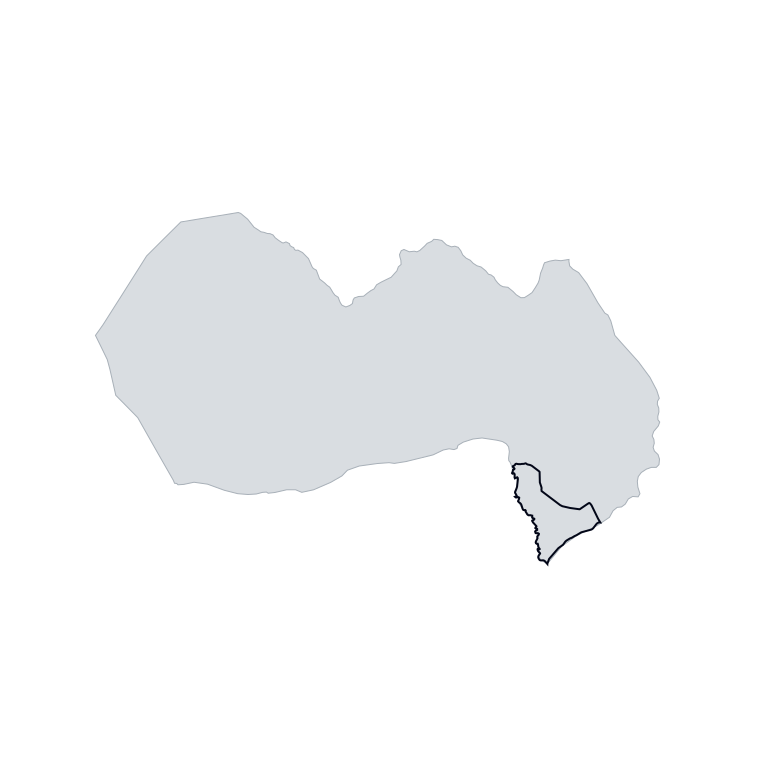 Paraguay, with Ñeembucú highlighted, rotated 316°
{"feature_id": "PRY-610", "entity_name": "Ñeembucú", "entity_type": "Department", "adm_level": 1, "iso_a3": "PRY", "parent_name": "Paraguay", "parent_adm1": "", "projection": "natural_earth1", "projection_center": [-58.039, -26.618], "detail": "fine", "context": "in_parent", "style": "outline", "palette": "ink", "viewbox_px": 768, "rotation_deg": 316, "n_neighbors": 0, "source": "natural_earth", "source_scale": "10m", "svg_char_len": 5760}
<svg xmlns="http://www.w3.org/2000/svg" viewBox="0 0 768 768"><g transform="rotate(316 384 384)"><path d="M399.4,181.0L400.5,185.5L401.2,189.0L403.0,191.5L404.7,194.8L406.4,196.6L407.7,199.7L407.3,203.2L408.0,207.7L408.9,211.7L409.7,212.7L412.2,213.7L413.5,217.3L412.6,219.1L412.9,221.1L413.8,223.1L413.0,225.1L413.4,226.6L415.1,227.9L416.7,232.9L416.8,241.3L415.1,245.9L413.7,249.6L413.4,251.8L414.4,255.1L412.7,259.0L410.6,263.8L411.1,267.1L411.5,270.2L411.6,273.5L412.2,276.6L411.5,279.9L410.8,282.7L410.4,286.0L411.3,289.8L409.7,293.3L408.9,295.7L408.5,298.2L410.1,302.1L414.1,303.8L417.2,304.2L420.1,302.1L422.4,301.5L426.5,303.4L430.3,306.7L435.2,307.1L439.5,307.7L442.8,308.7L447.6,307.5L452.6,308.7L458.5,310.6L463.4,312.2L468.2,311.8L471.8,311.6L475.7,309.7L479.3,309.9L482.1,306.7L483.6,303.8L485.0,301.7L489.0,300.1L491.8,301.1L494.0,306.4L498.0,309.5L499.5,311.8L502.5,312.8L508.9,313.0L512.8,312.8L517.3,314.5L520.3,314.5L522.9,317.4L525.3,320.9L525.6,327.3L527.8,332.2L530.7,334.1L532.3,337.2L531.8,341.5L530.3,345.8L530.5,350.6L532.0,354.9L532.0,359.2L533.0,363.5L535.1,367.3L535.8,373.2L535.4,377.6L536.8,380.0L537.3,383.6L536.4,386.4L536.0,390.4L536.2,393.9L537.2,396.7L540.3,400.5L541.1,407.1L541.1,411.6L542.4,417.0L545.0,419.4L549.1,420.3L554.0,421.1L559.8,419.8L565.0,418.4L567.9,417.0L573.7,413.0L578.7,410.8L581.3,409.3L583.7,408.3L588.7,410.8L593.3,413.9L596.9,418.2L603.6,422.9L602.3,424.1L599.6,428.0L599.6,432.5L601.4,439.1L599.7,452.9L594.3,474.1L592.1,486.4L593.0,489.9L591.0,496.1L583.8,509.4L583.4,518.3L582.4,545.1L579.9,564.0L575.8,578.0L572.1,585.5L568.8,586.4L566.4,588.6L565.0,592.1L562.3,595.1L558.4,597.5L556.2,600.0L555.9,602.9L552.2,604.7L545.0,605.5L540.8,607.7L539.6,611.4L537.2,614.4L533.6,616.5L531.9,620.1L532.1,625.1L530.0,629.4L525.8,633.0L521.9,633.1L518.4,629.7L513.6,627.5L507.6,626.4L502.6,627.2L498.6,630.0L495.0,634.5L491.9,640.7L488.4,641.7L484.7,637.6L479.9,636.4L474.1,638.0L469.4,637.4L466.0,634.7L460.7,634.3L453.6,636.5L439.2,634.0L417.4,626.9L399.0,624.2L376.5,626.8L374.6,619.4L375.8,615.4L379.4,612.4L381.7,609.0L382.6,605.2L385.2,602.3L389.3,600.3L391.1,598.3L390.4,596.2L391.3,594.4L393.7,592.8L395.0,590.4L395.4,587.0L396.2,585.3L397.8,584.1L398.0,581.7L397.1,574.5L397.2,568.6L398.3,563.9L399.7,561.1L400.7,560.4L401.6,558.8L402.0,556.0L403.5,553.4L410.7,548.1L413.4,545.2L413.6,542.5L414.7,538.9L419.0,531.3L420.4,527.7L420.5,525.9L422.0,524.0L427.2,519.7L430.0,515.7L430.4,511.9L429.2,507.6L426.2,502.9L417.0,490.9L409.8,485.4L400.7,480.9L394.6,479.5L391.7,481.1L388.8,479.8L385.8,475.8L380.7,472.6L370.1,469.1L346.0,455.1L336.3,448.3L333.0,444.1L324.0,436.6L309.2,425.8L297.8,420.6L289.9,420.9L277.2,417.7L259.7,411.1L249.6,404.8L246.9,398.6L240.4,392.4L230.1,386.2L224.8,382.1L224.4,380.1L221.4,377.6L215.7,374.4L209.4,369.0L202.6,361.3L195.3,349.5L187.5,333.5L179.1,322.7L170.2,317.1L165.8,313.4L165.8,311.6L164.4,309.9L165.6,306.8L168.7,294.6L173.2,276.9L177.9,258.7L183.5,237.1L183.4,221.8L183.2,205.8L191.3,192.5L197.0,183.1L201.9,174.2L206.9,158.9L210.2,148.6L223.0,146.2L244.9,140.9L255.8,138.3L278.8,132.7L302.1,127.0L326.7,126.6L350.4,126.3L368.8,139.0L382.8,148.7L398.3,159.4L399.4,161.7L400.4,170.7L399.4,181.0Z" fill="#d9dde1" stroke="#a8b0b8" stroke-width="1"/><path d="M401.3,557.4L401.8,556.7L402.2,555.4L402.7,553.3L403.3,552.7L406.6,551.3L408.4,550.3L414.3,545.4L415.0,544.4L415.0,543.6L412.6,542.8L413.0,541.9L414.8,540.2L415.2,539.8L415.5,539.0L415.4,538.4L414.2,537.9L414.1,537.5L414.2,537.0L415.3,536.6L416.4,535.9L417.1,535.4L417.3,535.5L418.5,535.8L418.8,535.7L419.1,535.5L419.1,535.2L419.2,534.8L419.1,533.7L419.1,533.2L419.3,532.9L419.5,532.7L420.0,532.7L421.0,533.1L421.4,533.2L421.7,533.2L422.8,532.9L423.1,532.9L423.5,533.1L423.9,533.4L424.6,534.5L425.3,535.3L426.4,536.4L427.6,537.2L429.0,538.5L429.5,538.8L430.6,539.3L430.8,539.6L431.0,540.0L431.1,540.7L431.2,541.2L431.5,541.8L432.8,543.7L433.5,545.4L434.9,554.5L434.9,555.2L434.6,555.6L427.7,563.1L425.7,567.3L425.1,568.3L424.0,569.2L423.0,570.5L426.6,593.5L427.0,594.6L427.4,595.8L431.7,602.4L437.6,609.9L438.0,610.1L447.4,611.7L448.9,612.1L449.3,613.1L449.0,615.5L444.4,629.7L443.4,633.9L442.5,633.0L442.1,632.7L441.0,632.4L440.8,632.3L439.4,632.3L434.2,633.1L432.9,633.0L432.5,632.9L431.7,632.6L423.4,628.0L422.8,627.7L417.5,626.5L415.2,625.7L412.9,625.2L412.2,625.0L410.6,624.3L407.5,623.6L406.6,623.4L405.0,623.3L401.8,623.9L401.1,624.0L395.4,623.2L381.3,624.5L376.7,626.7L376.5,626.9L376.7,623.8L376.6,622.5L376.0,621.3L374.7,620.3L374.0,619.5L373.7,618.7L374.0,616.9L374.7,615.6L375.9,614.9L378.5,614.4L378.8,613.7L378.7,612.8L378.7,611.7L378.8,611.1L379.0,610.6L379.2,610.2L379.5,609.7L380.0,609.4L380.3,609.7L380.4,610.1L380.4,610.4L380.5,610.5L380.8,610.8L381.3,610.9L381.5,610.6L381.5,609.6L381.6,609.1L381.8,608.6L382.3,607.8L383.2,606.5L383.6,605.7L382.8,604.9L382.7,604.1L383.1,603.3L384.0,602.7L386.2,602.0L387.4,601.5L387.8,600.7L388.4,600.1L389.6,600.0L390.7,599.9L391.4,599.3L391.1,598.2L390.1,597.4L389.5,596.6L390.1,595.2L391.0,594.9L391.9,595.2L392.8,595.4L393.5,594.6L393.3,594.1L392.9,593.3L392.8,592.7L393.7,592.4L394.3,592.5L394.7,592.4L394.9,592.1L395.0,587.2L395.3,586.0L395.5,585.3L395.7,585.2L396.0,585.4L397.6,585.8L398.2,585.7L398.5,585.4L398.4,584.8L398.1,584.3L397.8,583.7L397.8,583.0L398.0,582.8L398.9,582.1L399.2,581.7L398.9,581.4L398.5,580.5L398.1,580.0L397.0,579.1L396.7,578.7L396.5,577.7L396.6,576.7L396.9,575.8L397.1,574.7L397.2,574.2L398.0,573.6L398.1,572.9L396.9,571.7L396.7,570.9L397.1,569.9L398.8,566.5L399.1,565.7L399.2,564.6L398.9,562.6L398.9,561.6L399.4,561.2L400.2,561.0L401.4,560.4L402.3,559.7L402.2,558.9L401.5,558.3L400.6,557.8L400.0,557.2L399.9,556.1L400.4,556.3L400.8,556.5L401.1,556.9L401.3,557.4Z" fill="none" stroke="#020617" stroke-width="2"/></g></svg>